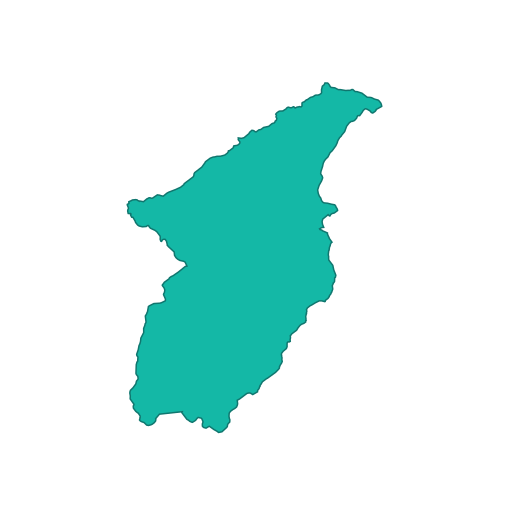 Leon Cortes Castro, San José, Costa Rica (Mercator projection), rotated 323°
{"feature_id": "36466004B70383874576114", "entity_name": "Leon Cortes Castro", "entity_type": "district", "adm_level": 2, "iso_a3": "CRI", "parent_name": "Costa Rica", "parent_adm1": "San José", "projection": "mercator", "projection_center": [-84.068, 9.694], "detail": "fine", "context": "isolated", "style": "filled", "palette": "teal", "viewbox_px": 512, "rotation_deg": 323, "n_neighbors": 0, "source": "geoboundaries", "source_scale": "gbopen_adm2", "svg_char_len": 6118}
<svg xmlns="http://www.w3.org/2000/svg" viewBox="0 0 512 512"><g transform="rotate(323 256 256)"><path d="M417.2,160.9L415.2,159.3L413.6,160.2L411.2,160.3L408.3,162.7L406.7,165.0L405.8,165.4L403.8,165.3L402.4,164.8L400.8,163.6L399.7,163.2L397.4,163.1L394.9,162.1L391.1,162.0L390.1,161.6L387.3,161.9L386.4,161.5L385.0,161.4L384.3,162.1L383.1,163.8L382.0,164.1L381.4,163.8L380.6,162.8L379.2,162.3L378.6,161.8L376.3,161.4L376.1,159.9L375.7,159.3L373.7,159.0L372.8,158.4L371.3,156.5L370.4,156.3L369.5,156.3L368.5,156.6L364.7,156.3L362.1,154.5L361.1,154.2L358.7,154.2L357.1,154.6L357.0,156.0L355.8,156.8L355.5,157.6L355.6,158.3L355.3,158.8L353.8,159.9L352.5,159.8L351.4,160.6L350.2,160.6L349.5,160.2L348.3,159.9L344.2,160.1L339.4,157.9L336.1,157.9L334.2,157.0L330.9,157.0L330.1,156.3L329.9,155.2L329.2,153.9L328.3,153.1L325.1,153.4L324.3,154.0L317.6,154.3L315.2,153.3L312.9,151.0L312.2,152.1L311.8,152.4L311.8,155.2L311.0,156.1L310.1,156.4L307.8,156.4L304.6,154.7L303.6,155.3L303.4,155.7L302.5,155.9L297.9,155.9L297.3,155.4L296.3,156.2L295.0,156.6L291.8,156.6L287.6,154.9L284.9,152.9L282.4,151.9L281.4,151.2L278.3,150.3L272.3,150.3L271.7,150.7L266.2,152.4L257.3,152.5L256.1,153.0L254.6,154.5L253.4,155.0L242.2,155.0L241.3,155.6L237.1,155.7L231.3,154.4L224.7,152.5L222.5,152.2L217.9,152.4L215.9,150.0L215.8,149.6L214.0,147.8L208.1,147.5L207.3,147.0L206.3,145.6L205.2,145.0L203.8,144.9L203.4,144.7L198.8,144.9L196.5,142.4L196.1,142.4L196.0,141.9L195.6,141.7L194.9,140.3L194.9,139.8L193.9,138.6L190.9,136.8L190.0,136.8L187.1,136.1L186.1,137.6L184.3,137.3L183.9,137.8L183.1,140.8L182.6,141.4L181.7,141.8L180.6,142.8L179.5,145.1L180.4,146.0L181.4,146.6L181.4,147.3L180.5,147.8L180.1,149.8L180.1,150.3L181.0,151.0L180.5,155.3L180.0,156.8L180.1,160.0L180.7,161.7L182.8,164.3L186.1,166.4L187.6,166.4L188.5,167.0L188.3,168.3L188.4,170.3L190.8,174.8L191.4,177.1L191.4,182.2L191.0,183.2L189.5,185.0L188.9,186.8L189.4,187.5L191.0,186.8L191.9,186.9L193.3,187.8L193.5,188.2L193.4,190.2L192.1,193.3L191.6,193.8L191.7,195.9L193.1,203.5L191.3,206.5L191.1,209.2L191.5,211.3L192.5,213.7L195.0,216.6L195.7,218.2L194.8,222.5L193.2,221.8L184.3,222.1L177.5,221.8L176.1,221.4L173.8,221.3L172.8,221.9L166.9,221.8L165.1,222.5L164.2,222.5L163.4,223.2L163.4,226.1L162.7,228.3L160.9,230.0L159.4,230.7L158.9,231.2L157.8,235.8L157.0,236.9L156.5,237.2L152.4,236.4L150.8,235.8L145.8,232.5L140.9,231.6L139.7,231.6L135.6,235.4L135.1,235.5L133.8,236.4L131.5,237.3L128.4,242.6L127.5,243.2L126.7,243.4L125.5,244.5L122.7,246.2L120.2,249.6L114.6,252.3L112.5,254.6L110.6,256.1L108.6,257.2L105.4,260.1L101.5,262.7L100.9,263.9L100.9,265.7L98.0,269.0L97.2,269.0L95.0,270.7L89.5,277.5L89.1,278.7L89.2,281.0L88.0,283.1L86.9,283.6L85.2,284.0L83.1,285.8L78.6,287.2L74.9,287.7L73.6,288.6L72.7,289.6L71.4,292.1L69.5,294.4L69.3,300.9L68.8,301.5L68.2,301.6L67.4,302.3L66.5,303.8L66.5,307.7L67.1,310.1L67.4,310.5L67.2,314.0L66.4,315.2L65.8,315.4L65.4,316.1L64.3,316.8L64.3,318.0L64.8,319.3L66.4,321.7L66.9,325.2L68.1,326.6L70.5,327.6L71.9,327.9L74.5,327.9L76.6,327.3L78.0,325.8L78.0,325.5L83.7,324.2L103.3,335.9L102.6,336.2L102.5,336.4L102.5,344.8L103.3,346.6L103.6,348.1L104.5,349.8L105.2,350.6L108.8,350.9L111.2,350.2L112.6,350.1L114.6,352.4L114.8,353.3L114.0,356.3L113.5,356.9L112.1,357.8L110.8,359.6L110.8,360.5L111.1,361.6L112.5,363.4L116.1,363.8L116.3,364.0L118.0,369.4L119.3,372.3L119.9,374.4L123.0,375.9L129.2,375.3L130.4,375.0L131.8,373.6L133.0,373.1L135.1,372.8L136.6,371.0L137.0,369.6L138.0,367.7L139.8,365.6L140.6,365.1L142.4,364.7L145.2,364.7L147.1,365.0L149.6,364.9L151.6,363.7L152.5,362.8L154.2,359.9L156.7,360.3L166.1,360.3L167.9,361.1L169.0,362.1L170.0,364.7L175.5,365.4L176.0,364.7L176.7,364.2L178.5,363.8L180.2,362.6L180.7,362.6L181.2,361.9L182.9,361.4L185.4,360.3L191.0,360.3L191.4,360.5L201.6,360.7L206.1,360.0L207.2,359.6L208.0,358.6L208.4,358.6L209.0,358.0L212.0,356.9L213.5,356.0L214.3,354.3L215.5,353.0L216.4,350.9L216.8,350.7L217.0,349.9L217.9,349.1L220.5,348.4L224.6,348.2L225.3,347.6L226.1,347.3L228.3,344.4L229.1,343.9L230.1,343.9L230.7,344.6L232.0,344.8L232.9,343.3L234.3,342.1L235.5,340.2L236.4,340.2L237.7,339.7L243.8,339.7L246.2,338.7L249.3,337.9L251.2,337.9L253.7,338.6L256.0,338.6L256.7,337.6L257.2,337.6L257.2,337.2L257.9,336.6L259.3,334.2L260.9,332.9L261.1,332.5L261.6,332.5L262.2,331.5L263.0,331.1L263.9,329.7L263.9,329.3L265.8,328.4L269.1,328.3L271.3,328.7L275.4,329.1L279.5,329.9L281.5,331.4L283.5,333.9L284.0,333.9L284.4,333.4L285.1,333.2L287.9,333.2L290.1,332.5L290.8,331.9L293.0,331.3L294.0,330.6L294.4,330.6L297.4,328.6L299.1,325.6L301.1,324.5L301.3,324.1L302.2,324.1L303.4,323.6L305.7,320.8L306.6,320.8L308.2,319.4L309.7,314.0L311.7,309.7L311.7,303.1L312.5,301.7L313.8,300.0L314.1,299.2L314.8,298.1L317.4,295.4L317.8,295.4L319.9,293.3L321.3,292.5L322.7,291.3L324.1,290.7L325.0,290.7L325.1,286.1L325.4,285.4L326.0,282.3L326.4,281.6L326.6,280.7L326.9,280.5L324.2,275.7L324.2,274.9L323.3,273.8L323.0,273.3L323.1,272.5L325.7,272.9L327.3,273.9L328.2,270.7L329.5,268.3L331.5,266.7L338.5,266.4L338.7,268.1L339.1,268.5L340.8,267.8L342.5,267.9L344.1,268.7L345.2,268.8L348.5,268.8L348.8,268.4L349.3,266.7L349.3,265.2L349.7,264.3L349.7,262.5L347.3,259.9L345.0,257.0L342.3,254.5L341.7,253.1L341.7,251.1L342.6,248.7L342.6,246.3L343.4,243.5L345.0,240.3L349.0,237.5L353.6,235.5L356.3,233.7L356.9,232.1L357.1,229.3L358.6,227.7L363.0,224.6L365.4,222.5L367.6,221.3L369.8,220.6L373.0,220.2L377.3,218.1L380.2,217.8L386.1,216.0L389.3,214.3L389.7,213.8L391.7,212.7L393.2,212.2L393.5,211.9L396.4,211.5L397.1,211.1L401.7,210.0L406.5,206.9L410.5,205.8L412.9,205.8L414.1,206.5L415.8,207.0L416.7,207.0L419.2,206.5L421.4,205.2L421.9,205.3L423.3,206.3L427.0,205.2L429.5,204.2L431.9,204.2L432.7,205.0L433.6,206.8L434.4,208.9L434.4,210.7L435.0,211.8L435.4,212.1L438.1,212.2L439.5,211.9L440.1,211.3L446.4,212.2L447.0,211.2L447.7,209.1L447.7,206.6L447.4,205.0L445.0,201.9L443.6,199.1L442.7,198.1L440.4,196.2L438.6,189.7L435.6,185.5L434.1,184.3L433.5,181.3L432.7,180.7L430.9,180.4L428.9,178.9L427.3,177.9L423.6,174.0L421.8,172.6L420.2,169.2L417.4,166.5L417.2,165.1L417.5,164.1L417.5,161.6L417.2,160.9Z" fill="#14b8a6" stroke="#0f766e" stroke-width="1.5"/></g></svg>